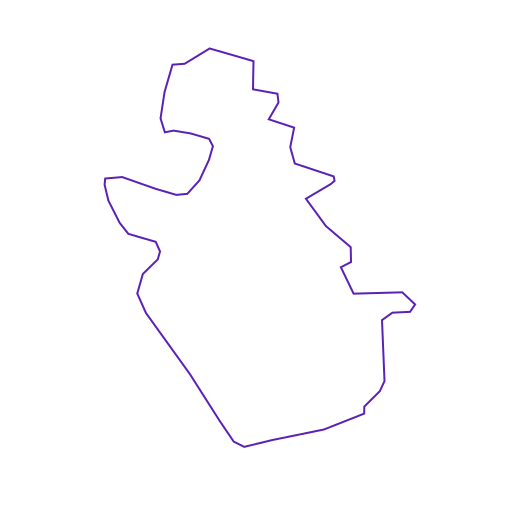 the border of North Lanarkshire, rotated 16°
{"feature_id": "GBR-2007", "entity_name": "North Lanarkshire", "entity_type": "Unitary District", "adm_level": 1, "iso_a3": "GBR", "parent_name": "United Kingdom", "parent_adm1": "", "projection": "albers", "projection_center": [-3.971, 55.879], "detail": "fine", "context": "isolated", "style": "outline", "palette": "violet", "viewbox_px": 512, "rotation_deg": 16, "n_neighbors": 0, "source": "natural_earth", "source_scale": "10m", "svg_char_len": 921}
<svg xmlns="http://www.w3.org/2000/svg" viewBox="0 0 512 512"><g transform="rotate(16 256 256)"><path d="M199.9,69.4L204.5,86.7L207.2,96.6L231.9,94.1L235.3,102.3L230.6,121.1L257.3,122.1L258.9,141.9L267.8,156.4L308.8,158.1L310.8,162.1L308.0,166.3L288.2,187.2L315.0,208.0L344.6,221.4L349.0,235.6L340.7,243.4L360.2,265.3L406.6,250.6L422.3,258.7L419.5,267.2L402.7,272.9L394.8,282.9L414.0,340.8L412.3,351.8L401.6,370.9L403.4,377.7L369.2,404.0L322.4,428.4L297.3,442.7L285.8,440.6L266.4,424.4L225.2,387.9L165.9,341.1L152.2,324.8L152.2,322.2L152.2,304.5L162.5,286.3L162.5,278.1L155.7,270.0L143.2,270.0L127.2,269.9L115.8,261.7L98.8,243.4L96.9,240.0L90.8,229.2L89.7,223.1L105.6,217.0L141.0,219.1L162.6,219.2L172.8,215.2L180.8,198.9L184.3,176.5L184.3,162.3L178.6,156.3L159.3,156.2L142.2,158.2L134.3,162.2L126.3,150.0L122.9,123.6L123.0,95.1L134.4,90.9L154.2,69.3L199.9,69.4Z" fill="none" stroke="#5b21b6" stroke-width="2"/></g></svg>